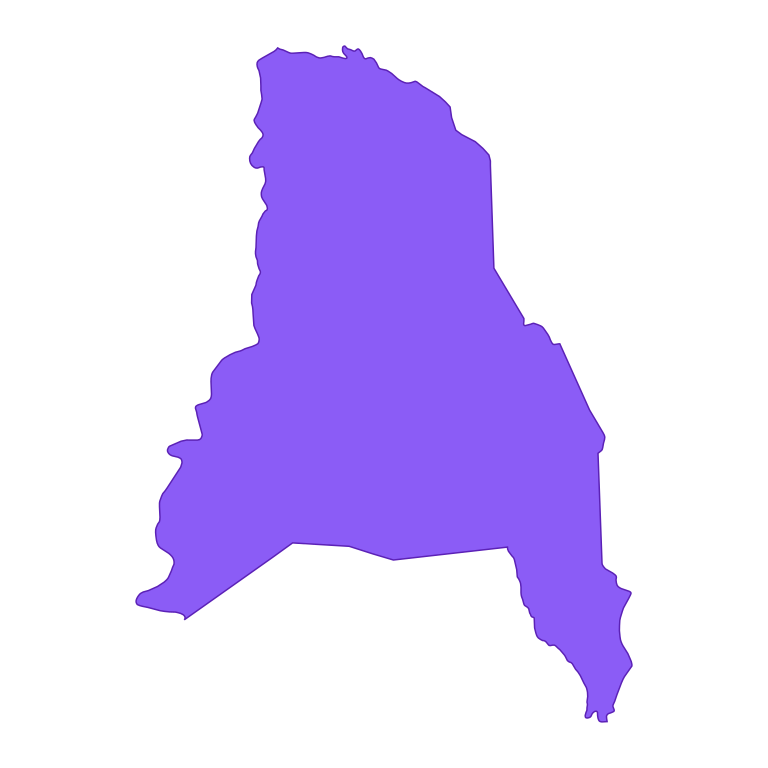 the district of Goascoran, Valle, Honduras
{"feature_id": "27666195B50126770089567", "entity_name": "Goascoran", "entity_type": "district", "adm_level": 2, "iso_a3": "HND", "parent_name": "Honduras", "parent_adm1": "Valle", "projection": "mercator", "projection_center": [-87.718, 13.59], "detail": "fine", "context": "isolated", "style": "filled", "palette": "violet", "viewbox_px": 768, "rotation_deg": 0, "n_neighbors": 0, "source": "geoboundaries", "source_scale": "gbopen_adm2", "svg_char_len": 6040}
<svg xmlns="http://www.w3.org/2000/svg" viewBox="0 0 768 768"><path d="M589.6,410.1L559.8,343.8L558.5,343.9L554.6,344.5L553.5,344.4L552.8,344.0L552.1,343.2L551.4,342.0L550.4,340.0L549.3,337.1L547.8,334.4L543.4,328.1L542.0,326.7L540.7,325.9L537.6,324.6L533.7,323.3L532.5,323.5L530.7,324.2L525.4,325.6L524.7,325.6L524.1,325.2L523.8,324.7L523.6,323.9L523.9,321.0L523.9,318.5L493.9,268.2L490.4,165.6L490.4,160.9L488.9,155.0L482.9,148.4L475.3,141.7L461.7,134.6L455.8,130.2L451.6,117.6L450.1,107.0L445.5,102.0L439.6,96.6L425.3,87.8L422.9,86.5L417.0,82.0L415.9,81.5L415.1,81.3L411.0,82.7L408.6,83.1L406.6,83.1L404.5,82.6L401.5,81.3L398.8,79.7L397.0,78.3L391.7,73.5L387.9,71.0L386.3,70.2L380.7,69.0L379.5,68.5L378.6,67.5L376.5,63.0L373.9,59.2L372.0,58.1L370.3,57.6L368.0,58.0L365.9,58.8L365.2,58.8L364.6,58.5L363.9,57.8L363.3,56.8L362.0,53.6L360.6,51.2L359.4,49.7L358.4,49.0L357.9,49.0L357.3,49.2L355.0,51.0L354.5,51.1L353.8,51.1L352.3,50.5L350.7,49.7L347.5,48.8L344.9,46.1L344.2,46.1L343.5,46.4L342.8,47.1L342.6,48.0L342.5,50.0L342.8,51.7L343.8,53.5L346.5,56.4L346.9,57.4L346.9,57.9L346.6,58.3L345.4,58.6L342.9,58.1L338.8,56.8L334.4,56.8L332.3,56.5L331.1,56.1L330.1,55.9L327.5,56.3L324.3,57.3L321.8,57.8L320.4,58.0L319.2,57.9L316.5,57.0L313.7,55.2L311.0,53.9L308.0,52.8L306.1,52.5L303.7,52.5L293.1,53.2L290.8,53.2L288.9,52.6L283.2,50.0L279.7,49.1L277.7,47.9L276.2,49.7L274.1,51.4L262.4,58.0L259.0,60.1L257.8,61.4L257.2,62.6L257.0,64.4L257.3,66.6L257.7,67.9L259.0,70.6L260.6,78.0L260.9,85.9L260.9,90.4L261.6,94.5L262.1,99.1L261.2,102.3L257.7,113.1L255.8,116.8L254.3,119.3L254.1,120.4L254.7,122.5L256.1,124.9L258.1,127.7L260.5,130.1L262.1,132.2L262.6,133.0L263.1,134.6L262.9,136.0L262.3,137.3L261.8,138.0L260.2,139.4L258.6,141.4L254.4,148.4L252.4,152.8L250.4,155.4L249.8,156.7L249.6,158.3L249.8,160.9L250.6,163.4L252.0,165.5L254.0,167.2L255.4,167.9L257.1,168.1L258.2,167.9L260.6,167.0L262.6,166.8L263.6,167.0L264.1,167.7L264.1,169.8L265.6,178.4L265.7,181.2L265.4,182.5L265.0,183.9L262.7,188.4L261.7,191.0L261.3,192.7L261.3,194.8L261.6,196.8L262.6,199.0L266.7,205.3L267.1,206.8L267.4,208.3L267.2,209.4L266.9,210.0L266.5,210.4L265.4,210.9L263.0,213.9L262.0,216.2L259.4,220.8L258.6,222.9L258.1,226.4L256.9,231.0L256.4,235.9L256.0,247.5L255.5,251.5L255.5,253.8L256.0,256.8L257.4,260.4L257.6,263.8L258.0,265.3L259.1,268.8L260.3,271.2L260.4,272.4L260.1,273.7L258.7,275.9L257.1,280.1L256.4,282.3L256.0,284.8L255.7,285.7L251.8,294.5L251.6,303.0L252.5,306.6L252.9,309.8L253.1,313.9L253.9,325.5L255.0,328.5L257.5,333.9L259.0,337.7L259.2,339.2L258.9,341.5L258.4,342.8L257.9,343.7L255.7,345.0L252.2,346.5L245.1,348.7L242.1,350.2L240.5,350.9L235.3,352.3L230.1,354.7L224.6,357.9L222.3,359.6L221.1,361.0L212.9,371.9L212.2,373.2L211.7,374.7L211.1,378.3L211.0,381.5L211.5,394.1L211.3,396.4L210.7,398.4L210.0,399.4L209.1,400.4L206.7,402.1L205.7,402.6L198.9,404.6L197.6,405.1L196.1,406.1L195.7,406.7L195.5,407.4L195.5,408.4L196.7,412.3L197.0,414.4L197.5,416.7L202.2,434.3L202.2,435.2L201.8,436.6L201.3,437.8L200.6,438.8L199.5,439.6L197.4,440.1L189.3,440.1L186.8,440.0L181.1,441.2L169.8,446.1L168.9,446.8L168.1,448.2L167.5,449.8L167.5,451.1L168.0,452.4L168.9,453.7L170.3,454.9L172.2,455.8L178.1,457.2L180.3,458.3L181.1,459.0L181.6,460.0L181.9,461.2L182.0,462.9L180.8,466.8L180.4,467.6L166.9,488.3L164.9,491.1L162.8,493.6L161.6,496.2L159.8,501.2L159.5,503.0L159.5,506.7L160.0,517.2L159.8,520.1L159.4,521.7L157.7,524.1L156.2,527.7L155.7,529.7L155.6,532.4L155.9,535.9L156.5,540.3L157.2,543.1L158.2,545.4L159.1,546.7L160.5,548.0L168.7,553.3L170.2,554.6L172.0,556.5L173.1,558.2L173.8,560.0L174.1,562.0L174.0,564.2L172.6,567.3L171.4,570.8L168.6,577.1L167.8,578.5L166.6,579.9L164.2,582.1L157.5,586.5L148.3,590.6L143.2,592.0L140.6,593.4L139.6,594.3L138.5,595.7L137.5,597.2L136.7,598.8L136.3,599.9L136.1,600.9L136.1,602.0L136.4,603.0L136.9,604.0L137.4,604.6L139.8,605.6L142.4,606.3L147.8,607.4L160.2,610.7L164.7,611.4L169.6,611.9L175.6,612.1L178.1,612.7L180.6,613.4L183.2,614.7L184.0,615.4L184.6,616.2L185.0,617.1L185.1,618.1L184.8,619.0L184.3,619.8L272.8,557.2L292.6,542.9L349.2,546.3L372.9,553.9L393.4,560.0L507.5,547.1L507.6,549.0L508.5,551.3L512.0,556.0L513.5,557.6L513.9,558.4L514.4,559.7L516.7,569.6L517.3,576.8L517.6,577.4L518.6,578.7L519.3,580.1L520.1,581.9L520.6,583.6L521.0,587.1L521.0,592.7L521.2,594.9L521.6,596.7L522.6,599.3L523.9,604.1L524.6,605.4L527.5,607.3L528.6,608.5L528.8,609.1L529.7,613.0L530.4,614.2L530.9,615.6L531.3,616.3L531.8,616.8L533.7,617.5L534.2,618.0L534.6,627.9L535.8,632.8L536.6,635.2L537.2,636.5L538.4,638.0L540.4,639.4L542.5,640.5L544.2,640.7L545.5,641.4L546.3,642.2L548.5,644.9L549.1,645.4L550.2,645.6L552.9,645.1L554.6,645.2L555.7,645.9L558.4,648.5L559.8,649.6L564.4,655.0L565.3,656.4L567.4,660.6L569.1,661.9L571.1,662.6L572.3,663.7L575.6,669.3L577.8,671.8L580.3,675.6L583.9,683.1L586.4,687.6L587.0,689.8L587.5,692.3L587.7,696.6L587.2,700.2L587.0,702.1L587.4,704.0L587.4,705.1L587.0,707.6L586.9,710.3L586.0,712.5L585.2,715.4L585.3,716.7L585.6,717.5L586.4,717.9L587.5,718.0L588.8,717.7L589.9,717.3L590.9,716.4L592.2,713.7L593.3,712.4L594.8,711.4L596.2,711.2L597.0,711.6L597.5,712.5L597.6,715.6L598.0,718.1L598.6,719.9L599.3,721.0L600.3,721.6L601.9,721.9L607.1,721.6L606.6,718.3L606.5,716.4L606.6,715.7L607.3,714.6L608.4,713.6L610.6,712.9L612.5,712.1L613.7,711.5L614.1,711.0L614.2,710.5L614.1,709.7L612.9,706.4L613.0,705.2L613.6,703.7L614.7,701.3L616.9,694.8L621.5,682.7L623.0,679.3L624.4,676.7L631.9,666.0L631.9,664.4L631.3,661.7L630.2,659.0L627.9,653.7L623.0,645.9L622.0,644.0L621.1,641.8L620.5,639.9L620.0,636.8L619.4,630.6L619.5,625.6L619.8,620.3L620.5,617.2L622.4,611.0L623.5,607.9L628.5,598.8L630.5,594.8L630.9,593.8L631.0,593.2L630.9,592.7L630.5,592.1L629.2,591.3L621.3,588.6L619.6,587.7L618.1,586.6L617.1,585.2L616.4,583.0L616.0,579.9L616.4,577.3L616.2,576.3L615.9,575.7L614.9,574.7L612.8,573.1L605.4,568.9L603.4,566.5L602.5,565.0L602.2,564.4L602.0,562.9L598.0,453.3L601.5,450.5L602.2,449.5L602.7,447.7L603.5,443.2L604.5,439.6L604.8,437.1L604.3,435.2L603.0,432.7L589.6,410.1Z" fill="#8b5cf6" stroke="#5b21b6" stroke-width="1.5"/></svg>